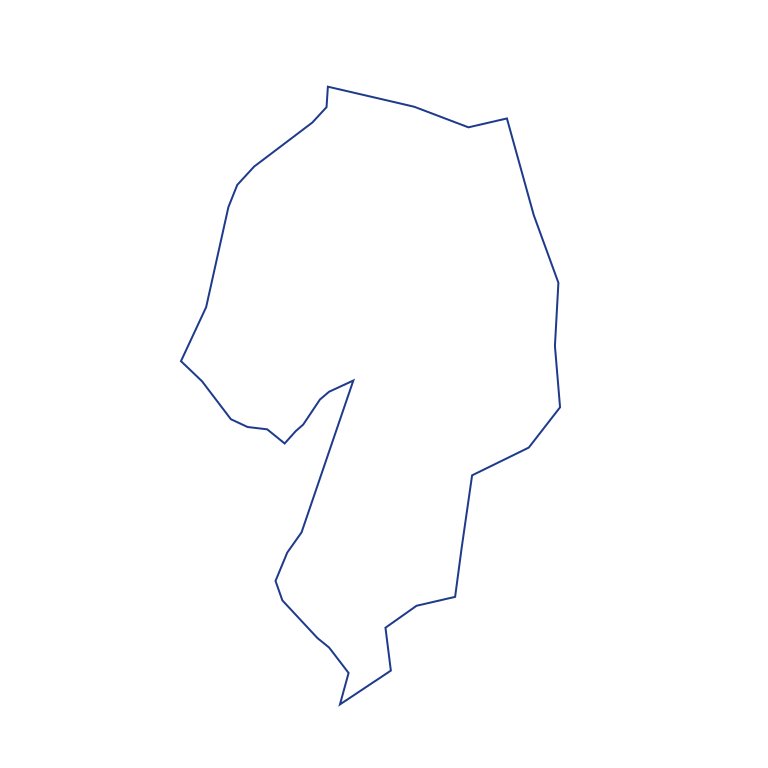 the border of Aknistes, rotated 77°
{"feature_id": "LVA-5734", "entity_name": "Aknistes", "entity_type": "Municipality", "adm_level": 1, "iso_a3": "LVA", "parent_name": "Latvia", "parent_adm1": "", "projection": "equal_earth", "projection_center": [25.843, 56.138], "detail": "fine", "context": "isolated", "style": "outline", "palette": "blue", "viewbox_px": 768, "rotation_deg": 77, "n_neighbors": 0, "source": "natural_earth", "source_scale": "10m", "svg_char_len": 668}
<svg xmlns="http://www.w3.org/2000/svg" viewBox="0 0 768 768"><g transform="rotate(77 384 384)"><path d="M316.1,576.7L269.1,540.0L176.6,495.8L157.0,482.2L142.9,461.6L113.1,395.0L101.3,377.7L81.7,371.8L120.6,292.3L152.9,244.0L152.9,204.5L253.1,200.1L324.6,191.3L385.4,208.9L446.3,217.7L478.5,257.2L492.8,318.7L560.9,345.1L607.4,362.6L607.4,402.2L621.8,437.4L664.8,441.8L686.3,499.0L657.6,483.5L628.4,496.8L616.6,506.0L572.0,531.7L551.5,534.0L526.5,516.2L510.0,497.7L373.7,413.1L379.2,439.3L384.7,449.9L405.4,471.9L410.1,480.7L419.6,494.2L401.9,508.0L395.2,526.6L383.9,541.1L340.4,560.7L316.5,576.4L316.1,576.7Z" fill="none" stroke="#1e3a8a" stroke-width="2"/></g></svg>